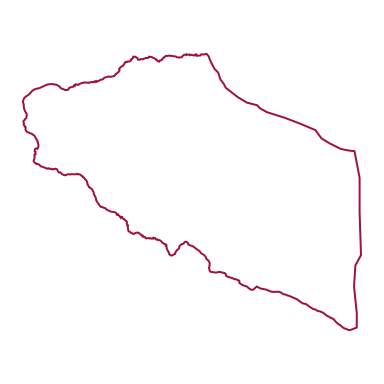 West Ambrym, Malampa, Vanuatu (Albers equal-area conic projection)
{"feature_id": "77236927B87876939805141", "entity_name": "West Ambrym", "entity_type": "district", "adm_level": 2, "iso_a3": "VUT", "parent_name": "Vanuatu", "parent_adm1": "Malampa", "projection": "albers", "projection_center": [167.993, -16.285], "detail": "fine", "context": "isolated", "style": "outline", "palette": "rose", "viewbox_px": 384, "rotation_deg": 0, "n_neighbors": 0, "source": "geoboundaries", "source_scale": "gbopen_adm2", "svg_char_len": 5763}
<svg xmlns="http://www.w3.org/2000/svg" viewBox="0 0 384 384"><path d="M206.6,53.9L203.2,54.6L201.7,54.2L201.1,54.5L200.4,55.5L197.7,55.5L197.3,55.9L196.5,55.7L196.3,54.4L195.9,54.3L195.3,54.5L194.7,54.9L194.6,55.4L194.3,55.5L190.6,54.7L190.0,54.6L189.7,55.2L188.9,54.7L187.5,54.7L186.8,54.3L186.3,55.0L184.9,54.6L183.6,55.1L182.9,55.7L181.9,57.1L181.5,57.3L178.4,57.5L177.4,57.4L176.0,56.5L173.5,56.3L172.2,55.9L170.8,55.9L168.9,55.6L167.7,56.0L166.3,55.8L165.6,56.0L165.2,56.6L163.7,57.5L163.4,58.3L162.8,58.5L162.3,58.9L161.9,59.8L161.4,60.3L160.1,60.4L159.0,61.7L157.0,60.5L156.7,59.6L156.1,59.7L155.0,58.6L153.3,58.0L152.4,57.3L150.9,56.8L150.0,57.1L148.9,56.7L148.2,57.7L147.7,58.0L145.7,57.9L144.7,58.5L143.5,58.8L143.1,59.2L140.7,59.1L139.5,59.8L138.7,59.8L137.9,59.6L137.9,59.1L137.5,58.2L136.3,57.5L135.4,56.7L134.2,56.8L133.6,56.6L133.2,56.7L133.0,57.3L133.1,57.8L132.4,58.4L132.2,58.8L131.2,59.3L130.8,59.9L130.9,60.5L130.6,60.8L129.3,61.5L127.3,61.6L127.2,62.0L126.8,62.2L125.8,62.0L125.1,62.2L124.2,64.2L123.7,64.5L122.7,66.1L121.2,66.6L119.2,68.7L119.1,69.1L119.6,70.2L119.0,71.5L117.6,72.8L116.4,73.6L116.2,74.0L115.4,74.3L114.5,75.9L114.0,76.2L112.1,76.4L110.8,76.9L108.7,76.5L105.0,77.5L104.1,78.0L102.9,79.3L101.2,79.6L98.9,80.7L98.1,81.3L97.5,81.4L96.2,80.9L95.9,81.1L96.0,82.0L95.5,82.1L94.8,81.4L94.4,81.4L93.6,81.9L93.3,82.3L92.2,81.9L89.3,82.6L88.9,82.9L88.1,82.5L87.0,82.8L84.8,82.3L84.0,82.7L82.3,82.8L79.2,84.2L78.5,84.8L76.3,84.5L76.0,84.7L75.5,84.4L75.3,84.7L75.4,85.1L75.1,85.3L74.8,86.1L74.5,86.0L74.0,85.5L73.3,86.7L70.0,87.5L69.2,88.0L68.4,89.5L67.4,89.9L66.3,90.1L64.9,90.0L63.9,89.4L61.6,88.6L60.9,88.2L59.5,86.6L58.5,85.8L56.0,84.6L55.6,84.5L53.8,84.5L52.8,84.0L51.7,84.0L47.4,84.5L39.2,88.2L35.6,88.9L32.7,90.4L29.2,94.2L24.3,97.8L23.4,100.0L23.0,101.2L23.1,102.4L23.8,104.6L23.7,105.8L24.2,109.1L25.1,111.4L26.5,113.6L26.8,114.4L26.3,118.0L25.8,118.6L25.2,118.9L24.5,120.1L23.6,120.8L23.4,122.0L24.0,123.5L23.7,125.0L25.2,126.3L25.5,126.7L25.2,127.3L25.7,127.9L25.5,129.7L26.6,131.6L27.3,132.1L29.0,132.6L29.9,133.3L31.6,133.6L32.1,134.0L32.4,134.5L32.9,134.6L34.2,135.5L35.2,136.9L35.9,138.7L37.3,140.2L37.4,141.5L37.8,141.7L38.0,143.3L38.4,144.5L38.4,146.8L37.4,148.9L36.0,148.5L35.5,148.6L35.0,149.3L34.7,150.4L34.7,151.4L35.6,151.8L35.4,153.0L35.6,154.2L34.6,154.4L34.4,155.1L34.6,155.8L34.5,158.6L33.6,160.6L33.8,161.5L34.1,162.1L34.8,162.7L35.5,163.0L36.3,163.9L36.7,163.8L36.9,164.0L37.9,164.1L38.7,164.4L41.2,166.5L42.6,166.8L47.3,168.7L48.0,168.7L48.1,168.4L48.5,168.3L50.1,168.9L50.5,169.0L51.1,168.7L51.7,168.9L52.6,169.6L52.9,169.5L53.5,169.0L54.5,169.0L55.7,168.7L57.2,169.5L57.9,171.1L58.4,172.0L59.2,172.6L60.5,172.4L61.3,173.4L62.5,174.5L64.6,175.2L65.8,175.2L66.7,174.6L68.0,174.3L70.8,174.4L72.0,174.1L74.9,174.4L77.0,173.8L77.7,174.4L78.3,174.1L79.7,174.4L81.0,175.1L81.8,176.1L82.6,176.3L82.9,177.1L83.9,177.5L85.2,179.4L86.2,180.2L87.1,181.9L87.5,183.9L87.5,184.5L88.4,185.6L89.0,187.2L90.2,187.7L90.6,188.4L91.5,188.7L92.3,189.6L92.6,190.5L93.6,192.2L94.1,194.8L94.6,195.4L95.7,197.5L96.3,200.5L97.0,201.7L100.2,206.3L100.8,206.9L102.1,206.9L103.9,207.9L105.3,208.2L106.7,209.7L110.7,211.5L111.7,211.8L114.3,212.1L115.7,212.7L116.4,213.3L116.7,214.3L117.3,214.3L117.0,214.7L117.3,215.0L118.3,215.0L119.8,216.3L120.3,217.2L120.8,217.0L121.0,217.7L121.7,217.0L122.1,217.0L122.2,218.0L122.7,218.4L123.4,218.7L123.6,219.2L124.4,219.3L125.5,220.7L126.7,221.4L126.8,221.7L126.8,223.6L127.2,224.1L127.2,225.3L128.0,225.5L127.8,226.8L128.3,230.7L128.6,231.3L130.1,232.0L130.7,232.7L131.9,233.0L132.9,233.8L133.6,233.8L134.3,233.8L135.5,232.9L137.0,232.6L138.7,232.7L139.7,233.7L140.6,234.2L141.0,234.9L142.5,235.4L142.5,236.5L143.2,236.4L143.3,236.7L143.6,236.9L144.7,236.9L145.1,237.2L145.5,238.0L146.3,238.4L147.6,238.1L149.3,238.4L149.7,238.1L150.1,238.1L150.8,238.5L151.7,238.7L153.0,238.0L153.0,238.6L153.4,238.7L154.3,238.0L155.3,238.2L155.8,239.3L156.6,239.4L156.8,239.6L157.5,239.4L158.0,240.0L158.5,240.2L159.6,240.1L161.1,241.1L162.4,242.8L165.0,244.3L165.8,244.2L166.5,245.2L166.4,245.9L166.0,246.1L166.7,247.3L166.7,248.3L167.5,250.4L168.2,251.2L168.5,252.1L169.0,252.8L169.3,254.3L170.5,255.3L171.6,255.6L175.2,253.8L175.3,252.4L177.0,250.1L178.7,248.8L179.3,247.5L179.2,246.7L180.4,245.2L181.7,244.2L183.0,243.9L183.8,243.4L184.3,242.4L185.0,241.9L186.3,241.8L188.0,243.0L188.2,244.4L189.0,244.9L192.4,246.1L194.2,247.2L197.1,249.5L199.6,251.1L201.1,253.3L201.7,253.5L204.0,255.0L205.7,256.9L206.0,257.4L206.2,258.5L206.9,259.4L208.4,260.6L209.6,262.6L209.7,264.7L209.0,268.5L209.5,269.5L209.8,271.1L210.7,271.8L215.3,272.5L216.6,272.5L218.6,272.0L220.1,272.0L221.7,272.5L222.5,272.5L224.6,273.1L225.6,273.8L226.3,275.9L226.9,276.3L228.8,277.1L232.1,278.0L234.5,279.2L235.9,279.2L238.0,280.3L238.6,280.3L239.2,280.7L239.4,281.6L239.3,282.7L239.5,283.1L242.4,285.0L243.2,285.2L244.1,285.7L246.8,286.5L247.7,287.2L248.6,288.2L251.2,289.7L252.4,289.9L253.2,289.6L256.7,286.6L261.1,288.7L265.5,289.4L271.7,291.8L274.1,291.9L277.5,291.7L279.5,291.9L281.1,292.6L283.6,294.3L284.8,294.4L286.1,294.8L287.5,295.5L289.0,295.8L297.0,299.3L301.0,302.3L302.6,303.3L305.7,304.0L306.6,304.5L309.4,306.7L313.2,309.0L315.6,309.6L317.5,310.9L320.0,311.4L323.1,312.7L327.2,316.0L328.8,316.5L330.4,317.8L331.9,318.2L333.8,319.4L335.9,321.9L338.1,323.8L340.6,325.5L342.4,327.1L343.9,328.1L348.7,330.0L349.4,330.1L350.3,330.0L356.7,327.6L356.8,313.4L354.0,286.4L355.4,265.3L361.0,255.2L359.6,212.2L359.6,177.8L354.5,151.2L347.2,150.3L340.7,148.9L329.7,143.4L321.4,138.3L315.4,130.1L300.2,123.7L284.5,117.7L267.0,112.2L259.7,108.1L257.3,105.3L246.8,102.6L237.6,97.0L225.8,87.8L223.6,83.6L220.4,79.5L218.2,72.6L214.6,69.0L211.4,63.0L209.6,58.9L208.6,56.2L206.6,53.9Z" fill="none" stroke="#9f1239" stroke-width="2"/></svg>